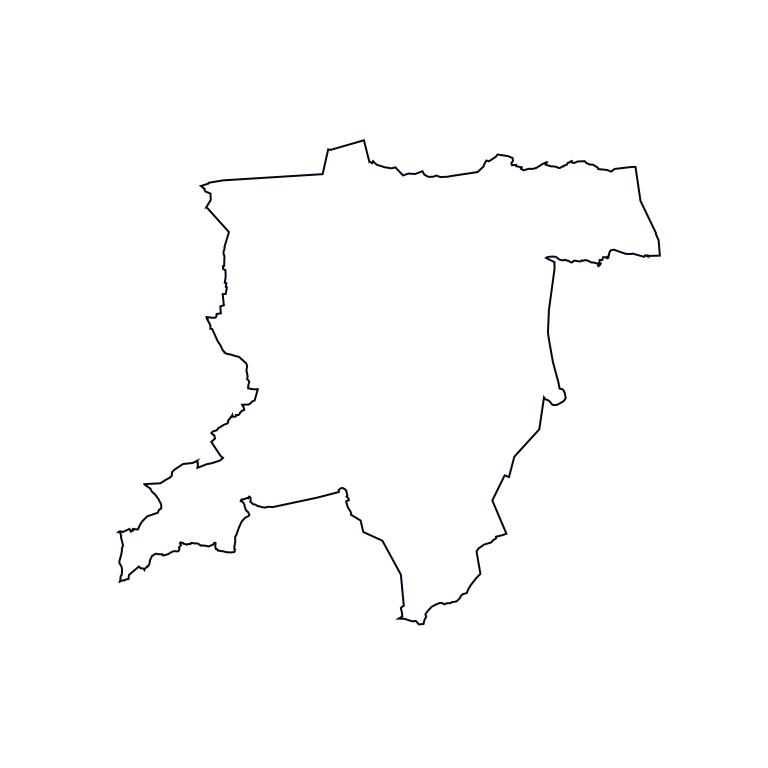 the district of Zacapu, Michoacán, Mexico, rotated 259°
{"feature_id": "50627088B28072853105551", "entity_name": "Zacapu", "entity_type": "district", "adm_level": 2, "iso_a3": "MEX", "parent_name": "Mexico", "parent_adm1": "Michoacán", "projection": "equal_earth", "projection_center": [-101.852, 19.83], "detail": "fine", "context": "isolated", "style": "outline", "palette": "ink", "viewbox_px": 768, "rotation_deg": 259, "n_neighbors": 0, "source": "geoboundaries", "source_scale": "gbopen_adm2", "svg_char_len": 6141}
<svg xmlns="http://www.w3.org/2000/svg" viewBox="0 0 768 768"><g transform="rotate(259 384 384)"><path d="M549.1,672.3L549.8,668.5L551.1,651.6L550.3,649.6L549.4,648.5L549.3,647.2L551.5,643.9L554.1,635.3L555.5,635.2L559.3,631.2L560.2,627.9L562.3,624.8L564.4,623.5L565.5,616.7L564.7,613.0L565.4,610.9L567.0,610.9L566.8,609.6L566.1,608.4L566.1,606.8L564.5,605.4L563.8,601.9L563.4,601.6L563.5,600.7L562.5,597.9L562.8,596.4L564.2,594.8L565.2,592.1L565.6,590.0L568.3,584.6L568.7,584.4L570.4,586.3L570.8,586.1L569.6,581.2L567.1,575.0L566.8,570.9L567.6,567.4L567.2,561.7L569.0,559.6L569.6,560.4L570.4,560.6L572.6,555.3L573.1,555.1L573.9,555.5L574.4,551.3L576.4,551.1L578.4,553.2L581.3,553.3L584.0,549.3L587.6,539.3L585.6,536.9L582.6,529.6L583.8,527.1L580.4,524.2L578.5,523.2L574.4,516.7L574.2,515.8L575.4,487.7L575.2,486.9L576.0,481.3L576.4,478.7L578.7,475.1L578.2,473.0L578.1,471.7L578.4,469.3L579.1,466.7L581.9,463.5L585.5,462.4L584.2,454.6L585.9,448.2L585.1,442.5L594.6,436.4L594.3,434.8L594.3,432.4L596.6,426.1L600.4,419.1L602.1,417.5L604.8,415.8L603.0,414.4L605.0,412.5L604.8,412.0L627.1,410.8L624.0,376.0L625.0,374.0L601.7,363.8L614.6,264.9L615.0,250.2L614.2,249.8L613.3,242.0L609.9,245.0L609.5,244.7L607.1,245.4L604.0,250.0L597.8,249.1L591.3,243.2L591.3,243.6L562.7,260.8L548.9,253.5L548.0,253.6L543.9,251.5L542.0,251.4L540.0,251.8L530.4,249.6L530.4,248.4L527.7,248.0L526.0,250.1L519.7,249.1L513.7,247.0L513.1,248.5L509.6,247.2L508.8,248.2L502.6,245.8L503.0,242.8L491.8,241.8L491.4,238.1L484.5,237.3L484.7,233.1L484.1,232.7L483.4,232.9L481.4,231.5L481.5,229.1L483.5,222.8L481.7,223.2L481.8,222.6L475.5,224.6L474.0,224.7L471.3,224.1L470.8,225.8L456.7,229.2L454.0,230.6L447.7,232.2L445.4,233.8L445.0,233.5L443.3,236.1L441.9,239.8L439.9,243.2L438.3,246.8L430.6,252.7L427.8,253.1L423.8,251.6L417.5,251.6L414.9,250.5L414.3,251.2L411.9,252.2L408.3,250.4L405.7,249.8L403.9,254.2L402.9,259.1L392.6,253.9L391.8,250.8L390.2,248.8L389.7,246.8L390.7,240.8L387.0,242.0L385.3,241.9L384.8,239.4L384.4,239.2L383.3,237.1L382.3,236.7L381.4,235.4L381.8,233.1L381.2,233.2L380.4,232.0L380.4,230.5L381.3,229.3L382.4,229.2L380.8,228.2L381.2,227.8L377.3,223.6L376.0,223.8L375.1,222.5L374.6,219.4L372.3,213.0L370.5,211.0L370.0,206.8L368.9,205.2L367.0,206.3L366.1,207.6L362.7,207.7L360.1,203.4L344.5,209.9L342.2,211.9L340.2,208.6L339.1,199.9L339.1,194.7L337.3,184.9L341.7,186.3L343.5,185.4L344.3,186.2L343.0,181.0L343.8,171.4L339.7,161.6L338.0,159.2L334.1,158.0L333.7,156.7L333.0,156.2L331.5,151.3L329.2,145.5L331.4,129.7L330.8,129.9L325.9,134.7L322.8,135.5L319.3,138.2L314.4,140.5L308.5,142.3L304.3,141.6L303.5,139.2L300.8,137.4L299.3,126.4L295.3,120.4L292.7,117.9L288.1,114.6L289.9,109.2L288.6,110.4L288.1,109.7L288.5,109.4L287.5,108.0L287.5,107.7L288.3,108.3L289.0,106.7L290.3,106.5L288.5,99.0L289.5,97.7L289.8,96.5L289.3,95.1L288.7,96.4L285.6,97.1L283.9,96.6L275.3,97.0L272.0,95.1L270.5,95.0L266.9,93.6L259.8,90.1L258.7,90.1L254.9,91.5L251.7,91.5L246.7,90.1L245.7,88.9L241.5,87.6L240.5,87.0L241.2,90.2L240.6,91.4L241.2,92.5L241.4,93.8L241.3,95.9L245.3,97.3L251.6,108.6L249.6,109.8L249.0,112.1L248.3,112.9L247.3,113.3L248.3,113.9L249.3,115.6L249.5,116.6L250.3,116.8L250.4,118.0L251.2,118.8L253.8,120.2L255.5,120.5L259.7,123.7L259.9,124.8L261.0,127.5L259.8,130.6L259.1,134.1L258.0,134.1L257.7,135.1L258.2,139.8L259.3,142.5L259.9,144.9L259.9,146.3L259.0,149.8L259.3,150.6L261.3,151.8L262.6,151.5L264.4,153.9L266.5,153.3L267.3,154.0L267.4,154.5L266.3,155.8L266.2,156.4L265.7,156.4L263.9,160.0L264.3,160.9L263.8,163.4L264.7,164.0L264.3,166.0L263.3,168.6L263.4,169.8L262.3,171.5L260.3,173.3L260.5,174.1L259.8,175.4L259.8,176.8L259.3,177.5L258.0,180.9L258.9,185.4L260.5,187.3L260.3,187.9L260.0,188.3L256.5,187.3L254.1,187.5L254.1,188.1L253.0,189.1L252.3,189.0L250.2,194.8L249.0,197.2L247.9,201.3L247.6,204.9L248.1,205.5L249.6,205.7L250.0,206.1L250.4,205.7L252.2,205.8L257.6,207.9L262.6,208.8L263.7,210.1L270.3,213.9L276.1,218.0L279.2,222.1L280.2,225.8L281.3,226.9L284.0,226.2L286.5,224.4L291.1,223.8L292.4,224.0L296.0,222.4L296.3,221.0L297.0,221.2L297.8,222.2L297.7,225.5L298.3,227.9L297.7,228.8L299.2,230.2L298.5,231.0L297.5,231.2L295.4,231.0L294.0,230.3L291.0,232.6L290.0,234.9L288.4,236.6L285.9,242.0L285.3,243.9L285.6,245.4L285.2,248.7L284.4,251.0L285.2,297.0L286.6,319.1L288.5,319.2L289.8,321.5L290.0,323.1L288.4,325.4L286.6,326.6L281.3,326.7L280.7,325.8L278.8,327.1L277.0,327.5L276.5,327.0L276.5,325.6L275.9,324.4L270.0,324.9L265.1,326.8L262.7,327.1L262.0,326.6L254.4,335.0L242.7,335.4L230.5,352.5L193.6,364.2L162.5,361.1L161.8,359.1L160.9,357.8L156.8,358.0L152.3,357.6L150.9,353.6L149.6,359.2L145.6,366.6L145.3,370.1L141.8,372.1L141.1,373.1L141.2,375.0L140.9,377.0L144.6,378.7L147.7,381.1L149.3,380.7L150.4,380.9L152.7,383.4L156.3,388.4L157.9,394.0L158.4,397.1L157.6,399.7L156.2,401.2L156.8,403.9L156.2,407.3L156.9,408.9L156.7,413.6L159.2,417.5L161.4,419.2L162.7,421.3L163.0,425.3L167.1,428.1L170.4,431.2L176.1,437.8L179.2,442.4L201.9,442.9L204.5,445.3L207.3,451.7L208.0,458.8L210.3,462.2L210.8,464.1L211.6,464.7L212.7,464.8L213.0,471.1L213.7,475.6L249.0,468.1L271.3,485.0L268.8,488.9L287.8,498.1L309.9,527.8L340.3,538.5L338.3,539.5L336.3,542.5L334.1,544.0L332.3,544.8L331.4,545.5L330.9,546.6L330.6,549.3L330.7,550.5L332.5,556.0L333.2,557.5L335.5,559.7L340.6,559.7L343.2,559.2L345.0,558.0L345.9,555.5L352.7,555.5L373.2,554.0L396.9,554.4L403.4,554.8L425.1,560.0L464.3,573.3L471.1,574.6L476.8,567.1L477.3,567.9L477.3,571.2L476.6,575.4L475.7,577.3L472.7,579.9L471.4,582.6L471.2,583.3L471.5,584.4L471.0,586.2L470.2,587.0L470.0,588.1L467.5,591.1L467.7,592.3L468.6,593.6L468.8,594.5L466.8,599.8L466.9,600.7L467.6,601.7L467.0,603.0L467.2,605.1L466.8,606.6L463.6,611.1L463.3,612.9L461.4,616.6L458.8,616.9L459.2,618.2L460.5,619.1L460.8,619.8L461.2,619.7L461.9,618.1L462.8,618.8L464.7,619.4L464.0,621.9L466.6,623.2L466.2,625.4L464.7,627.3L465.2,628.4L465.8,628.6L466.4,627.8L466.7,629.0L469.4,630.0L471.7,631.6L472.1,633.8L471.9,635.3L465.5,646.4L464.4,652.0L464.6,652.9L459.2,663.6L460.5,664.8L459.4,666.4L459.8,666.2L460.1,667.1L459.0,669.3L457.4,679.3L472.8,681.0L478.8,679.6L480.5,679.7L514.8,670.7L549.1,672.3Z" fill="none" stroke="#020617" stroke-width="2"/></g></svg>